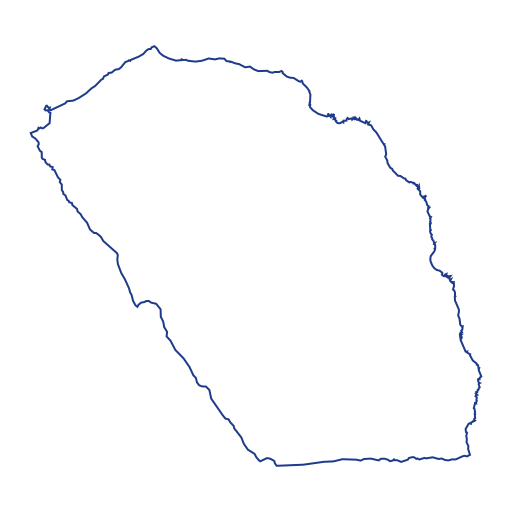 Nossa Senhora Da Ajuda, Mosteiros, Cabo Verde (Mercator projection)
{"feature_id": "66160863B13080281314211", "entity_name": "Nossa Senhora Da Ajuda", "entity_type": "district", "adm_level": 2, "iso_a3": "CPV", "parent_name": "Cabo Verde", "parent_adm1": "Mosteiros", "projection": "mercator", "projection_center": [-24.32, 15.001], "detail": "fine", "context": "isolated", "style": "outline", "palette": "blue", "viewbox_px": 512, "rotation_deg": 0, "n_neighbors": 0, "source": "geoboundaries", "source_scale": "gbopen_adm2", "svg_char_len": 5990}
<svg xmlns="http://www.w3.org/2000/svg" viewBox="0 0 512 512"><path d="M470.0,454.8L468.1,448.9L468.4,446.2L466.5,442.0L466.9,439.7L466.3,435.8L467.0,432.6L466.0,432.0L465.6,429.0L468.6,423.8L469.5,423.3L470.9,423.8L471.1,422.5L472.7,421.9L473.5,420.8L474.4,421.0L474.8,420.7L474.1,420.4L474.5,420.1L474.2,419.0L475.1,418.3L474.8,414.6L475.2,414.2L474.7,413.3L475.1,412.2L474.4,408.6L473.8,408.1L474.9,403.8L476.0,403.6L475.4,402.7L476.2,402.4L476.8,400.5L476.4,400.0L476.8,397.5L475.6,396.2L476.7,395.3L475.3,395.0L477.0,394.8L475.7,393.3L476.7,392.5L476.5,392.1L477.3,392.1L477.7,389.9L478.5,389.7L478.8,388.1L479.7,387.3L478.7,384.6L479.0,383.5L479.7,383.1L478.8,382.8L477.9,379.9L478.4,379.0L479.6,379.2L479.7,377.7L481.3,376.5L478.7,370.0L479.2,368.1L478.5,368.1L478.1,365.3L476.7,364.7L476.7,363.6L472.8,360.5L470.1,355.6L470.2,354.3L467.4,352.8L466.7,352.0L467.0,351.5L465.6,351.6L460.7,340.2L460.5,338.5L461.4,338.5L461.6,337.7L460.3,337.4L460.4,336.6L461.4,336.5L461.1,335.9L460.1,336.2L459.9,334.9L461.4,334.4L460.2,333.5L460.5,332.6L462.1,332.5L461.3,330.5L462.3,329.7L462.7,326.3L461.7,326.5L460.2,324.5L459.6,319.0L458.2,315.5L459.0,311.0L458.7,309.1L455.0,300.5L454.8,296.7L456.1,295.9L455.0,296.1L455.0,292.7L454.4,290.8L453.0,289.5L454.0,286.2L453.8,282.3L452.4,283.0L451.9,282.4L452.3,282.0L451.1,281.9L450.1,280.8L450.9,279.3L450.0,279.8L449.0,278.0L450.5,276.0L449.7,276.1L448.6,277.6L447.9,277.6L447.2,277.0L448.1,275.2L446.7,276.8L445.6,276.1L446.3,274.0L445.1,274.5L444.9,276.1L443.8,276.2L441.9,274.7L442.4,273.1L441.9,272.4L439.6,270.7L436.6,269.9L434.2,268.1L432.3,265.5L430.5,261.2L430.3,258.6L430.8,256.0L434.3,251.4L435.1,249.2L434.6,248.6L435.2,248.0L435.2,244.9L434.0,244.1L434.9,242.9L434.1,243.1L433.5,240.8L432.2,239.4L432.2,238.1L431.3,237.0L431.8,234.6L431.0,234.1L430.1,231.8L430.1,230.5L431.5,229.9L430.3,229.8L429.9,224.5L430.6,223.8L430.0,223.3L430.7,222.3L430.1,221.5L430.6,219.3L429.9,218.3L431.0,216.9L429.7,216.2L427.5,211.6L428.0,209.4L429.3,207.6L428.2,207.5L428.6,206.2L427.2,205.1L426.2,201.6L424.8,200.0L425.8,199.1L425.1,199.3L424.9,198.4L424.1,198.2L426.3,195.6L422.5,197.2L420.2,194.5L420.2,191.3L417.6,188.7L417.9,188.1L418.7,188.5L418.6,187.6L419.2,187.8L419.0,186.0L418.5,187.0L416.8,186.1L417.0,184.9L415.6,184.9L414.4,183.2L413.6,183.4L413.6,182.9L410.2,181.9L409.2,182.4L406.1,180.2L405.4,178.6L404.0,178.4L400.5,176.0L398.1,175.8L392.9,170.6L392.1,168.8L390.2,167.7L387.6,163.2L387.2,160.4L385.2,156.6L386.2,154.3L385.1,146.4L384.1,144.9L384.4,144.2L383.6,144.1L376.4,132.5L373.4,129.4L371.1,125.3L368.2,124.5L369.0,122.5L367.9,123.1L367.3,122.3L366.2,122.2L366.4,120.0L365.4,123.2L359.5,120.5L359.0,119.7L359.7,119.1L359.4,118.4L358.3,119.9L357.5,119.8L357.7,118.5L357.1,119.7L355.4,119.1L356.0,117.2L355.6,118.0L355.2,117.3L354.2,117.4L355.0,118.3L354.5,119.0L353.7,118.2L352.2,119.6L351.9,118.4L348.8,119.1L347.6,118.0L346.9,118.7L346.4,120.7L343.6,120.7L343.4,122.4L342.5,121.7L340.1,123.2L337.6,123.1L335.9,121.4L336.5,120.0L335.9,120.5L335.0,119.8L335.2,118.6L333.7,118.9L334.4,117.4L333.6,116.4L334.1,113.9L332.7,116.1L331.3,113.6L332.0,116.2L331.5,116.4L330.9,114.6L330.6,116.8L328.4,114.1L328.0,114.3L329.1,115.7L328.3,116.0L327.9,115.2L328.0,116.0L326.7,116.5L318.4,113.9L312.8,110.2L310.2,107.3L309.7,105.7L310.1,105.2L309.4,104.9L310.0,104.3L309.5,103.0L310.0,102.5L310.4,94.6L309.2,91.6L309.5,91.2L306.9,87.5L302.8,83.5L302.2,81.2L301.7,80.7L300.4,81.7L298.9,81.3L293.7,78.0L289.7,77.6L286.7,76.5L282.7,73.1L282.7,72.1L281.6,71.0L279.1,72.0L274.5,72.0L272.7,72.7L269.4,72.1L267.5,70.8L258.2,71.1L253.8,69.3L250.0,66.6L245.2,67.3L239.1,64.1L235.0,63.3L230.8,61.6L230.1,62.0L229.3,61.4L226.5,61.1L224.3,58.7L219.3,58.4L214.9,59.4L208.7,58.5L201.7,60.8L195.3,61.6L187.7,60.7L186.3,59.9L182.8,60.0L181.5,59.3L181.1,60.2L175.9,60.6L168.7,58.4L163.1,55.7L159.7,52.9L156.8,48.3L154.4,46.2L151.7,47.3L150.7,49.0L148.6,49.1L146.5,50.4L143.3,54.0L138.6,56.7L130.5,60.0L130.3,60.8L128.2,60.1L128.8,60.7L125.3,62.1L121.1,67.3L118.8,69.1L115.2,69.7L111.5,72.7L108.6,72.9L108.1,74.4L103.9,76.5L103.0,78.8L101.4,79.6L95.0,86.1L91.4,88.4L86.0,93.4L78.6,98.1L73.3,100.6L67.0,101.3L65.2,103.4L50.7,110.2L49.3,109.7L49.8,107.7L48.8,108.1L46.9,105.7L46.2,105.8L44.5,109.4L45.6,110.4L47.5,110.3L49.1,112.3L50.4,112.8L49.6,123.2L43.3,128.2L42.0,128.3L40.8,127.5L39.4,128.4L38.5,127.8L37.8,129.8L36.8,130.7L30.7,133.0L32.2,136.5L35.2,138.4L38.5,142.2L38.8,144.1L37.6,146.3L39.9,150.7L41.7,152.1L41.8,157.8L42.7,159.0L45.0,159.8L45.5,162.2L47.6,164.5L49.4,164.6L50.0,166.3L52.7,167.1L52.3,169.4L54.4,170.1L58.0,177.4L60.4,179.9L59.8,182.1L61.8,184.6L61.8,190.1L63.2,192.1L63.3,193.9L65.5,195.5L67.2,200.0L68.6,200.7L69.2,202.2L72.0,203.1L72.4,205.1L77.0,208.9L77.6,211.5L80.6,214.1L82.3,217.2L87.1,222.8L90.0,229.5L94.1,233.0L96.1,233.0L98.2,234.5L100.9,236.9L103.3,241.0L117.0,253.2L117.8,255.0L117.3,259.4L117.9,264.1L121.3,273.1L125.0,279.5L129.1,288.5L130.1,292.4L131.5,294.7L133.1,300.9L135.4,305.2L137.4,306.8L138.5,304.8L141.0,302.7L144.7,302.0L145.9,301.1L148.7,300.9L151.1,302.6L156.2,303.8L160.6,309.3L160.8,316.8L163.2,321.6L164.2,327.1L167.1,331.9L166.6,336.4L170.5,340.7L175.3,349.9L183.5,358.3L189.5,367.0L193.4,375.4L195.8,377.8L197.0,382.4L199.1,385.2L201.6,386.3L206.0,386.6L209.4,390.0L211.2,398.6L222.7,415.2L225.4,418.6L228.5,419.3L230.4,422.5L233.7,425.9L234.2,428.3L241.3,437.4L243.8,443.7L247.9,449.7L254.5,453.8L256.3,457.2L259.2,460.6L260.2,461.3L267.0,458.1L270.3,458.7L274.3,461.0L274.9,463.4L276.7,465.8L303.3,464.7L323.9,461.8L333.4,461.4L342.4,459.2L356.6,459.7L360.6,460.6L364.1,459.0L370.7,458.6L378.8,460.4L380.8,458.8L384.7,458.7L388.1,459.8L389.9,461.2L392.6,460.6L394.0,459.4L394.5,460.2L397.2,460.2L401.1,461.9L407.8,459.7L408.9,458.0L412.1,457.2L413.9,457.2L416.4,458.9L417.4,458.5L419.3,459.5L424.5,457.9L426.0,458.4L432.7,457.3L438.7,459.0L441.7,458.5L445.0,460.0L448.5,460.4L451.9,459.4L455.8,459.4L462.5,456.3L464.6,455.8L467.0,456.4L470.0,454.8Z" fill="none" stroke="#1e3a8a" stroke-width="2"/></svg>